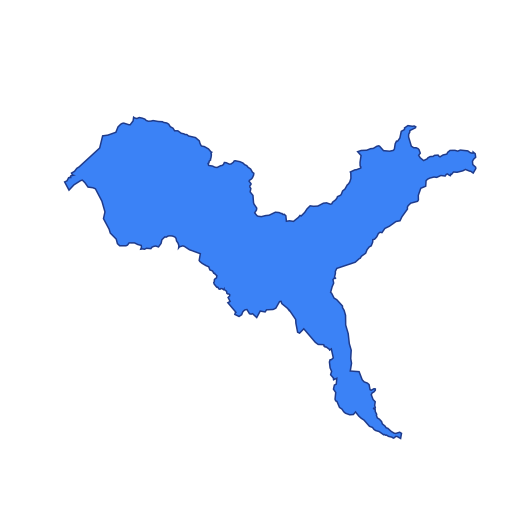 Gurahont, Arad, Romania (Equal Earth projection), rotated 280°
{"feature_id": "2599482B35210166851788", "entity_name": "Gurahont", "entity_type": "district", "adm_level": 2, "iso_a3": "ROU", "parent_name": "Romania", "parent_adm1": "Arad", "projection": "equal_earth", "projection_center": [22.355, 46.301], "detail": "fine", "context": "isolated", "style": "filled", "palette": "blue", "viewbox_px": 512, "rotation_deg": 280, "n_neighbors": 0, "source": "geoboundaries", "source_scale": "gbopen_adm2", "svg_char_len": 6142}
<svg xmlns="http://www.w3.org/2000/svg" viewBox="0 0 512 512"><g transform="rotate(280 256 256)"><path d="M106.6,430.1L107.4,428.1L105.5,424.4L105.5,422.8L106.8,419.5L109.2,415.7L109.4,414.0L110.9,412.6L112.6,409.6L114.8,408.4L116.7,405.9L117.6,403.6L119.9,402.3L121.1,402.3L123.5,400.5L125.5,400.0L126.1,398.3L126.6,398.4L126.7,399.7L127.2,399.9L129.5,398.8L133.2,398.7L135.0,396.2L139.4,393.6L141.4,394.2L142.6,395.7L144.5,396.8L145.8,396.6L145.8,395.3L143.8,392.7L144.2,391.5L149.0,389.7L150.2,387.7L150.8,384.4L152.5,382.1L160.0,377.6L159.1,368.8L167.0,368.7L171.4,367.1L179.8,366.1L185.9,363.1L195.5,360.3L203.6,356.3L213.1,354.5L217.8,352.2L220.1,350.2L221.8,349.8L227.0,343.1L228.1,340.2L232.5,336.9L233.1,335.8L238.9,336.3L242.8,337.2L246.2,335.9L247.4,336.7L247.6,337.8L248.0,338.1L248.7,337.0L252.8,337.2L254.6,336.8L257.8,337.7L267.1,354.8L271.4,358.2L272.0,359.1L274.0,359.8L277.8,363.5L281.6,364.3L284.7,366.0L286.0,367.7L290.0,368.5L292.4,368.2L293.1,369.8L293.9,370.4L295.9,371.6L299.4,372.6L300.9,374.0L300.9,376.0L305.5,378.1L308.5,382.2L314.3,387.9L315.7,391.7L320.0,392.9L328.5,397.0L330.4,396.6L332.0,397.1L334.9,399.2L337.9,405.6L339.5,406.2L343.9,405.3L351.3,406.5L354.2,411.0L359.7,410.4L361.4,411.6L362.9,413.6L364.7,417.6L364.8,420.3L367.4,424.1L367.6,428.4L369.4,429.2L370.1,430.2L369.0,432.6L368.9,433.5L370.4,433.6L370.4,434.4L373.0,435.9L373.4,439.5L375.8,444.9L377.6,447.2L376.7,451.5L376.7,452.8L375.4,455.5L380.3,457.3L381.6,456.9L383.7,453.6L386.9,452.7L389.1,453.5L391.4,455.2L394.8,454.1L396.1,451.8L395.1,452.0L394.8,450.7L395.0,448.9L396.3,446.3L395.8,438.8L394.3,436.5L394.6,433.6L393.7,428.8L391.4,426.8L389.5,426.2L388.0,422.7L385.6,420.0L386.1,418.7L387.0,417.8L386.1,414.3L384.8,413.1L384.2,410.3L382.5,408.2L381.4,407.7L379.1,404.5L381.2,400.7L383.4,398.7L385.8,399.9L389.0,398.1L389.9,396.9L390.4,394.9L390.0,392.5L391.1,389.9L399.7,385.6L402.4,385.2L404.6,385.9L406.2,385.7L410.0,390.8L411.0,390.9L411.5,389.2L410.9,387.6L410.8,383.0L407.9,380.0L406.8,380.3L406.1,380.0L404.0,377.4L397.2,377.2L394.0,375.7L393.4,375.0L393.5,374.4L390.7,373.6L385.3,373.7L383.9,373.0L382.4,369.4L381.9,363.3L385.6,358.6L385.8,357.7L385.1,356.0L382.3,352.8L381.6,350.2L379.4,346.7L378.2,341.3L376.4,338.0L373.2,342.0L366.3,342.2L362.8,342.9L361.9,343.8L360.8,343.9L358.4,339.9L358.0,338.4L355.1,334.3L354.0,335.0L348.9,336.0L345.3,335.5L343.1,334.6L341.8,333.5L337.4,332.0L335.1,330.0L331.6,329.3L330.5,328.7L328.6,325.9L327.2,325.7L325.2,324.7L322.2,322.0L320.7,321.7L319.9,320.4L320.6,316.3L319.7,313.2L315.9,308.2L314.9,303.9L314.8,300.6L311.3,298.1L307.4,296.4L303.2,293.5L303.6,292.3L301.4,291.1L296.6,286.9L296.5,282.9L295.5,279.9L300.8,278.4L302.0,276.5L301.5,275.5L302.4,274.1L302.2,273.5L302.8,271.2L302.5,267.5L298.4,261.8L297.5,258.5L295.7,254.5L295.5,250.9L296.0,249.8L298.3,247.2L301.4,248.5L303.3,248.4L306.8,245.0L308.1,244.3L315.1,242.5L318.1,239.1L321.6,239.2L322.8,238.0L324.0,237.7L325.5,238.6L326.4,238.5L328.4,236.2L329.4,236.4L331.0,238.1L332.4,238.9L335.3,239.6L337.1,239.5L337.8,238.0L340.7,235.6L342.1,232.6L343.4,231.2L343.9,229.1L345.3,227.0L346.1,223.7L346.2,219.0L345.8,218.0L344.3,217.4L342.3,215.4L341.8,213.9L342.7,210.4L342.6,208.6L340.6,208.1L339.3,207.0L338.8,205.5L336.4,202.3L336.3,200.0L337.0,197.6L337.0,193.6L338.9,192.7L339.5,193.5L341.2,193.4L342.7,194.6L343.8,194.3L344.6,194.6L347.9,194.5L349.2,193.9L350.5,194.4L350.7,193.6L353.2,190.6L354.8,186.1L354.8,183.4L355.1,182.8L357.3,181.2L359.5,180.2L362.1,175.9L362.5,168.7L363.6,166.7L363.3,164.9L363.8,163.8L363.9,161.0L365.7,157.3L365.2,154.1L367.4,152.1L368.5,149.1L370.7,147.1L371.5,145.0L371.5,141.8L372.0,140.5L371.5,136.3L371.5,131.1L370.6,129.1L370.0,126.5L370.5,124.1L371.5,122.8L372.0,120.0L372.1,117.0L370.7,114.8L370.9,112.4L371.4,111.4L367.7,111.5L363.4,109.3L363.2,108.0L363.9,102.7L363.4,101.3L362.3,99.9L359.2,97.7L353.5,96.5L349.3,89.1L347.7,84.1L335.2,83.3L313.0,66.3L311.2,64.3L307.9,62.6L305.6,59.9L303.9,61.2L303.8,62.0L302.7,59.6L302.0,59.4L301.1,59.9L300.6,57.9L297.2,56.8L295.7,54.7L288.4,60.4L294.5,64.4L299.8,70.2L300.6,71.8L298.5,74.8L294.7,78.6L294.9,83.6L294.3,86.2L283.3,94.7L273.2,99.6L266.3,99.3L256.9,106.7L253.3,108.5L248.4,115.4L244.1,117.4L242.4,120.0L243.5,126.2L244.4,127.5L246.9,128.8L247.8,134.1L246.8,137.5L246.5,141.1L244.8,141.7L242.7,141.3L243.3,143.0L243.3,145.0L244.6,146.8L245.0,151.2L246.6,152.0L247.7,153.6L248.4,155.5L248.0,158.4L251.9,160.3L255.7,160.5L258.9,162.8L259.0,164.3L260.4,166.0L260.9,167.5L261.2,170.0L260.7,172.7L259.5,174.2L257.1,175.1L255.1,177.0L252.7,178.3L250.6,178.4L251.7,179.0L253.3,182.2L253.0,183.9L250.6,189.4L248.6,200.8L241.8,200.8L240.9,201.6L239.4,204.2L237.8,208.5L237.2,211.3L234.3,213.0L233.7,215.8L231.7,217.4L231.8,218.3L231.2,218.6L229.8,220.9L227.6,220.9L226.1,219.4L225.3,219.1L223.8,219.4L222.5,219.0L221.1,219.7L219.0,222.1L218.4,222.9L218.7,223.7L217.1,225.2L217.0,226.3L217.9,227.1L217.9,228.4L217.2,230.0L217.9,230.3L217.5,230.4L216.1,233.2L214.2,233.8L213.7,234.8L213.9,235.7L213.4,236.8L212.1,237.0L210.3,235.7L206.8,238.4L205.1,236.4L197.1,246.0L196.6,245.5L194.8,245.3L193.5,249.8L195.7,252.1L198.5,252.6L200.1,253.6L201.1,254.6L201.7,256.4L198.0,259.6L197.9,261.3L198.6,262.6L195.5,267.4L202.5,269.7L202.5,274.7L204.8,275.7L206.3,282.1L206.9,283.0L208.1,284.6L215.2,287.1L215.7,288.5L213.6,289.7L209.9,296.2L208.0,298.2L208.3,298.4L200.4,306.1L196.6,307.0L188.2,310.2L187.6,312.3L192.6,315.7L181.3,329.4L179.7,332.6L180.4,337.6L180.1,338.4L179.2,338.5L179.1,339.2L178.4,339.8L178.6,341.0L176.8,344.5L176.2,344.9L177.6,346.3L169.1,349.8L167.0,348.2L166.7,347.0L164.4,346.7L158.7,348.4L155.5,350.5L152.0,350.1L148.8,354.0L148.4,353.6L147.6,353.9L149.6,356.8L143.8,357.3L142.5,355.6L138.3,355.4L135.5,358.2L128.7,358.7L127.2,359.6L126.8,361.0L121.4,364.5L120.1,367.3L117.8,369.5L116.7,371.4L115.9,375.9L116.8,379.4L119.7,381.1L116.3,384.9L114.5,387.7L113.2,390.8L108.0,397.3L107.4,400.5L105.7,402.3L104.9,404.1L104.5,407.7L102.1,412.8L102.5,413.3L102.0,414.8L102.3,415.6L101.4,417.7L101.2,421.2L100.5,422.9L101.2,424.0L102.5,424.8L102.8,426.2L101.4,430.1L106.6,430.1Z" fill="#3b82f6" stroke="#1e3a8a" stroke-width="1.5"/></g></svg>